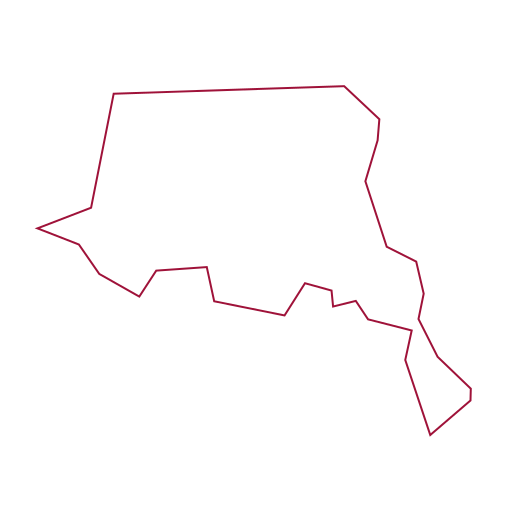 Mayendit, Unity, South Sudan, rotated 92°
{"feature_id": "79223893B14659068163591", "entity_name": "Mayendit", "entity_type": "district", "adm_level": 2, "iso_a3": "SSD", "parent_name": "South Sudan", "parent_adm1": "Unity", "projection": "albers", "projection_center": [30.03, 8.125], "detail": "fine", "context": "isolated", "style": "outline", "palette": "rose", "viewbox_px": 512, "rotation_deg": 92, "n_neighbors": 0, "source": "geoboundaries", "source_scale": "gbopen_adm2", "svg_char_len": 538}
<svg xmlns="http://www.w3.org/2000/svg" viewBox="0 0 512 512"><g transform="rotate(92 256 256)"><path d="M236.0,475.4L250.7,433.4L279.4,412.0L299.6,373.2L300.6,371.2L274.1,355.2L268.8,304.8L302.7,296.2L314.4,225.4L281.5,206.1L287.9,179.3L303.8,177.2L297.4,154.7L315.4,141.8L325.0,97.8L354.7,103.2L428.8,75.6L392.9,36.6L381.1,36.7L350.4,71.0L313.3,91.4L287.8,87.1L256.0,95.7L242.2,125.7L177.5,149.3L136.2,138.5L115.0,137.5L83.2,173.8L87.9,243.6L98.8,403.9L213.5,422.5L236.0,475.4Z" fill="none" stroke="#9f1239" stroke-width="2"/></g></svg>